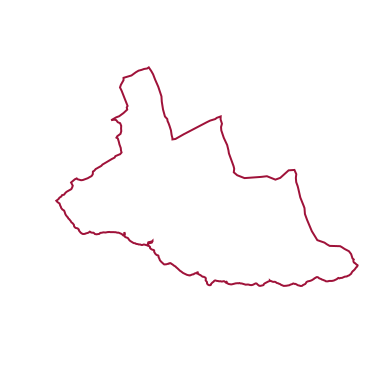 outline of South West Tanna, Tafea, Vanuatu, rotated 340°
{"feature_id": "77236927B40431360126678", "entity_name": "South West Tanna", "entity_type": "district", "adm_level": 2, "iso_a3": "VUT", "parent_name": "Vanuatu", "parent_adm1": "Tafea", "projection": "mercator", "projection_center": [169.354, -19.575], "detail": "fine", "context": "isolated", "style": "outline", "palette": "rose", "viewbox_px": 384, "rotation_deg": 340, "n_neighbors": 0, "source": "geoboundaries", "source_scale": "gbopen_adm2", "svg_char_len": 6018}
<svg xmlns="http://www.w3.org/2000/svg" viewBox="0 0 384 384"><g transform="rotate(340 192 192)"><path d="M140.6,96.9L143.7,97.4L145.4,98.6L146.1,101.0L148.0,102.8L148.1,105.6L147.1,108.0L146.3,110.7L144.7,112.9L140.9,114.0L139.6,115.1L140.6,116.3L140.4,120.0L140.1,122.4L140.1,126.3L139.5,128.6L139.3,130.8L137.3,131.9L136.0,131.9L132.3,132.1L131.0,133.2L127.8,133.6L117.2,135.6L115.8,136.4L109.3,137.5L107.4,138.6L105.9,138.9L104.8,141.4L103.9,142.1L103.0,142.7L100.9,143.0L98.7,143.4L93.5,143.4L91.8,143.0L88.7,140.8L88.3,139.8L86.2,140.0L81.6,141.7L82.1,145.3L80.9,146.8L79.6,148.0L74.2,148.9L72.4,149.7L71.0,150.7L68.6,150.6L67.7,151.5L65.5,152.0L64.3,152.9L62.9,153.4L61.5,153.8L61.8,154.7L62.5,156.0L63.6,157.5L63.5,159.9L63.7,160.7L63.7,161.1L63.6,161.8L63.6,162.1L64.2,164.1L64.8,164.8L65.1,165.4L65.4,165.6L65.5,166.0L65.5,167.5L65.5,168.2L65.4,169.0L65.6,170.6L66.2,172.5L66.7,173.5L66.7,174.5L67.4,175.7L67.6,176.6L68.0,177.5L68.3,179.3L69.0,180.2L69.5,181.5L69.8,182.4L69.5,183.6L69.6,184.4L69.8,185.0L70.3,185.9L71.8,186.9L72.1,187.1L72.3,187.7L72.5,187.9L72.8,188.5L72.6,189.2L72.6,189.6L73.5,192.2L74.3,193.3L74.6,193.7L75.2,194.2L77.0,194.7L77.7,194.6L80.4,194.8L81.2,194.7L82.4,194.3L82.8,194.7L83.1,195.2L83.4,195.6L84.7,196.3L85.4,196.5L85.7,196.8L86.4,198.3L87.8,199.1L90.3,199.6L90.7,199.6L91.4,199.2L92.1,199.1L93.1,199.4L94.0,199.5L94.9,199.6L96.9,200.5L99.5,200.9L99.8,201.1L100.5,201.2L101.6,201.8L104.1,202.7L104.8,203.0L106.5,203.7L107.8,204.6L109.1,205.1L111.0,206.9L111.6,207.5L112.6,209.4L113.0,209.5L113.1,209.4L113.5,209.0L114.4,207.3L114.7,206.6L114.7,207.9L114.3,209.1L113.5,210.1L113.5,210.5L113.6,211.0L114.5,212.1L115.8,213.1L116.0,213.4L116.7,215.9L117.3,217.0L119.6,219.9L120.0,220.2L121.0,220.7L121.5,221.4L121.9,221.6L122.2,221.9L123.2,222.4L124.2,223.2L125.2,223.5L126.3,224.4L126.8,224.7L127.3,224.8L128.3,224.8L128.9,224.9L129.7,225.4L131.3,226.6L131.9,226.7L132.3,226.3L133.1,225.1L133.8,224.3L135.8,224.6L137.6,224.7L137.8,224.6L138.2,224.4L138.1,224.7L138.0,224.9L137.3,225.3L137.1,225.7L136.9,225.7L135.9,225.8L133.9,225.2L133.2,225.9L132.7,226.8L132.3,227.1L132.2,227.3L132.3,227.6L132.9,227.9L133.3,228.3L133.7,229.0L133.7,229.6L133.5,229.8L133.5,230.6L133.9,231.4L135.0,232.7L135.9,233.2L136.4,233.8L136.4,234.2L136.0,235.2L136.2,236.6L136.5,237.8L137.1,238.9L137.4,239.3L138.2,239.7L138.6,240.4L138.6,241.0L138.4,241.4L138.3,242.2L138.5,243.1L138.5,245.1L139.1,246.8L140.8,250.1L141.1,250.5L141.9,250.8L143.5,251.2L144.6,251.2L145.6,251.5L145.9,251.2L146.3,251.2L147.3,251.4L147.9,252.0L148.1,252.6L148.8,253.2L149.8,254.9L151.1,256.5L151.3,257.2L152.1,258.5L153.9,262.1L154.5,262.8L155.9,265.0L158.8,268.0L160.5,269.2L160.8,269.2L161.2,269.6L161.7,269.7L164.3,269.6L164.8,269.8L165.6,269.8L166.4,269.5L167.7,269.5L168.1,269.7L168.9,269.7L169.6,269.3L170.0,268.7L169.9,269.7L169.1,270.2L169.1,270.5L169.8,271.0L170.6,272.1L171.6,273.1L172.6,274.7L172.9,275.1L173.5,275.5L173.9,275.6L174.1,275.7L174.6,276.4L175.3,277.0L175.4,277.4L175.4,278.1L174.6,279.7L174.7,280.2L175.2,281.3L175.2,282.1L175.0,282.4L174.9,283.1L175.1,284.2L176.2,285.4L176.9,285.7L177.6,285.8L178.2,285.5L178.5,284.9L179.5,284.4L180.6,283.9L181.4,283.8L182.5,283.1L183.1,283.0L183.7,283.1L184.0,283.3L184.7,283.9L186.1,284.6L186.9,285.2L188.3,285.6L188.9,286.1L189.6,286.4L191.4,286.7L191.6,286.8L192.0,287.2L192.2,287.5L192.5,288.1L193.5,288.2L194.6,288.1L193.9,288.4L193.3,288.5L193.1,288.6L193.1,289.1L193.8,289.6L194.0,290.0L194.4,290.3L195.0,291.0L197.1,292.2L198.0,292.4L201.9,292.8L204.3,293.5L204.7,293.8L205.5,293.8L206.3,294.5L207.5,295.0L210.7,297.4L212.7,298.0L213.6,298.4L214.8,299.3L216.2,299.9L217.6,300.0L219.9,299.7L220.7,299.7L221.4,300.1L222.2,301.8L222.7,302.4L222.9,302.9L223.6,303.4L224.2,303.6L225.9,303.8L227.1,303.9L227.6,303.7L228.0,303.2L228.5,302.9L229.3,302.7L233.0,302.2L234.4,302.2L234.8,302.1L234.9,301.8L235.3,302.5L236.1,302.9L236.8,303.7L237.8,304.3L238.9,304.6L239.4,304.9L240.1,305.7L240.4,306.3L241.0,306.8L241.8,307.3L242.2,307.8L243.2,308.6L244.2,310.0L244.9,310.5L245.9,311.5L246.7,311.8L248.3,312.3L251.6,312.9L252.8,312.7L254.8,312.8L255.4,312.6L255.9,312.6L256.2,312.8L256.8,313.4L257.5,313.6L257.9,313.8L259.8,316.0L261.0,316.7L261.6,317.3L262.8,317.7L263.4,317.8L263.8,317.7L264.2,317.5L264.5,317.4L266.8,317.2L267.6,316.8L268.6,315.9L269.2,315.7L270.2,315.6L272.5,315.9L274.0,315.9L275.4,315.7L276.4,315.4L277.1,315.3L277.5,315.0L278.8,314.9L279.7,314.6L280.3,314.7L280.9,315.0L281.5,315.6L281.9,316.5L282.1,316.7L283.6,318.0L284.1,318.7L284.8,319.2L286.7,320.9L287.3,321.7L289.0,322.4L290.6,322.5L291.3,322.8L292.9,323.4L295.0,323.7L298.3,323.4L299.0,323.1L300.1,322.8L300.4,322.9L300.8,323.5L301.5,323.6L302.2,323.6L303.6,324.0L306.6,323.8L308.6,324.3L308.8,324.3L309.3,324.1L311.0,324.1L313.7,323.2L314.2,322.6L315.1,321.9L316.1,321.3L316.7,321.2L318.4,320.4L319.2,319.9L320.3,319.1L321.7,318.5L322.2,318.0L322.5,317.7L322.5,317.2L321.8,316.5L320.9,314.6L320.5,314.4L320.0,313.4L320.0,312.3L320.4,311.1L320.9,310.7L320.1,309.3L320.3,304.8L319.2,301.3L315.9,297.7L313.9,295.0L312.7,293.6L302.9,289.7L300.8,287.2L299.2,284.9L293.3,280.1L291.2,269.8L290.6,257.5L290.6,251.3L292.2,245.6L292.2,243.3L291.9,234.2L293.1,224.6L293.3,222.5L293.3,218.4L294.4,214.3L296.1,210.9L295.8,206.3L290.2,204.7L279.8,208.9L274.6,208.9L267.8,202.8L262.3,201.5L246.1,196.9L240.2,191.7L238.0,187.8L239.6,184.6L239.9,181.9L239.9,168.3L240.5,165.3L241.1,159.9L240.4,151.9L240.6,144.1L241.5,140.9L243.5,138.1L243.7,133.5L244.8,130.8L240.5,130.8L238.9,131.4L233.4,131.1L229.7,131.5L204.1,134.9L194.6,136.5L191.6,135.9L192.1,134.3L192.2,132.6L192.5,130.7L193.3,126.9L193.5,122.2L193.5,119.3L193.3,117.0L193.7,114.9L192.4,111.8L193.0,104.5L194.5,96.8L196.0,91.7L196.3,81.5L195.8,73.9L195.7,68.1L195.1,64.5L194.0,60.1L192.1,60.6L189.1,60.0L186.4,60.0L183.3,59.7L180.1,60.3L175.0,61.8L166.7,61.3L165.9,63.5L161.9,66.9L160.1,69.1L160.5,72.9L160.9,89.1L159.6,90.2L159.3,92.4L154.6,94.4L149.4,95.9L146.4,95.9L140.6,96.9Z" fill="none" stroke="#9f1239" stroke-width="2"/></g></svg>